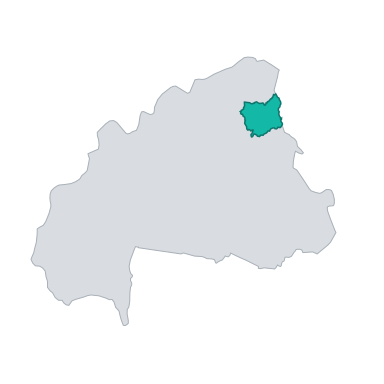 location of Seno, Séno, Burkina Faso, rotated 9°
{"feature_id": "67063806B86156352342594", "entity_name": "Seno", "entity_type": "district", "adm_level": 2, "iso_a3": "BFA", "parent_name": "Burkina Faso", "parent_adm1": "Séno", "projection": "equal_earth", "projection_center": [-0.111, 13.969], "detail": "fine", "context": "in_parent", "style": "filled", "palette": "teal", "viewbox_px": 384, "rotation_deg": 9, "n_neighbors": 0, "source": "geoboundaries", "source_scale": "gbopen_adm2", "svg_char_len": 7750}
<svg xmlns="http://www.w3.org/2000/svg" viewBox="0 0 384 384"><g transform="rotate(9 192 192)"><path d="M284.8,255.1L275.1,255.6L271.6,257.0L269.5,257.0L269.4,255.8L269.2,255.1L257.0,251.2L248.4,248.9L239.7,246.3L239.3,248.7L238.0,250.3L236.1,250.4L234.8,250.0L234.0,251.9L232.5,254.4L230.5,255.6L228.5,257.1L227.4,258.4L226.6,258.4L224.7,255.3L222.0,255.0L217.1,255.5L214.9,254.7L211.9,254.2L204.7,254.9L193.3,253.6L191.4,254.3L190.9,254.9L179.6,255.0L167.2,255.2L156.8,255.3L147.7,255.4L147.7,254.9L144.8,254.8L144.4,255.9L141.8,268.5L141.5,275.3L142.9,279.6L144.4,282.3L146.1,283.4L146.3,285.0L144.9,286.9L145.0,289.0L146.6,291.1L147.0,293.2L146.2,295.6L146.4,301.1L147.6,309.9L147.6,315.6L146.4,318.2L147.0,322.6L149.2,328.9L149.6,331.6L148.8,332.8L146.9,334.4L145.0,334.4L142.8,330.6L141.9,328.9L140.1,325.0L138.6,321.1L136.6,319.4L134.6,317.8L132.2,312.9L129.8,310.6L127.3,311.3L123.7,310.3L116.4,309.1L108.5,309.5L105.2,310.6L102.0,312.4L93.8,316.3L90.5,318.3L88.1,323.2L85.3,323.1L82.5,321.5L80.8,319.3L77.0,319.8L73.4,317.6L70.0,313.3L67.4,311.9L64.2,308.8L63.3,302.9L61.2,298.8L59.4,293.1L56.5,290.5L53.3,289.1L48.8,289.4L45.8,287.1L43.5,283.7L44.1,280.8L45.2,276.7L45.4,272.7L46.1,266.3L45.7,258.2L44.9,252.6L47.4,250.3L50.3,248.2L52.1,244.3L54.1,235.8L54.9,228.4L54.3,225.6L53.4,223.4L52.6,220.2L52.2,216.3L52.8,212.9L55.0,209.8L57.7,207.2L59.7,205.9L64.8,204.6L71.2,202.6L74.9,200.4L77.6,198.2L79.2,196.5L80.7,192.8L83.2,190.1L85.1,187.2L85.4,179.4L85.5,175.0L84.1,172.5L83.3,170.4L92.8,164.3L92.9,160.0L91.6,155.1L89.8,151.3L89.1,147.9L91.8,144.0L94.1,141.0L95.8,138.5L99.6,134.7L103.4,133.7L106.9,135.1L117.3,144.1L119.1,144.7L121.2,144.0L124.0,141.6L127.5,139.8L128.9,133.7L128.8,124.9L129.6,120.8L131.5,120.1L137.5,121.8L139.0,121.9L140.7,121.3L142.0,119.7L142.0,116.9L141.7,114.3L143.7,106.1L147.3,99.9L154.5,92.2L156.7,90.7L159.3,89.9L172.1,95.2L174.2,93.9L177.4,80.7L180.9,79.5L185.0,79.2L187.8,78.1L189.2,77.2L195.3,72.2L206.0,65.4L211.8,62.5L213.0,61.4L217.1,56.6L222.6,51.1L226.1,50.0L231.0,49.6L234.0,50.5L234.8,52.0L235.8,52.8L242.2,50.5L251.2,54.2L259.1,57.9L258.5,60.2L258.5,64.4L257.9,70.9L257.1,78.7L260.3,83.7L264.2,89.2L265.2,91.3L264.2,96.6L264.9,99.8L267.0,105.0L270.5,111.7L274.0,118.5L276.5,119.4L278.9,120.0L280.3,121.2L282.4,122.4L284.5,123.2L286.3,124.7L287.5,126.1L289.0,130.4L293.0,133.2L295.9,135.9L294.7,137.3L291.2,136.8L287.9,135.5L287.5,137.6L287.3,145.3L287.9,151.8L288.7,152.6L292.0,153.8L299.9,162.2L307.1,170.2L309.5,172.2L313.5,173.0L318.0,173.4L319.9,172.6L324.2,168.6L326.5,168.2L328.6,168.3L329.7,168.9L331.8,172.2L333.8,177.1L334.3,180.8L334.1,182.7L333.5,183.5L329.9,184.4L328.4,185.2L328.0,186.2L328.6,188.7L329.3,190.3L333.2,197.4L338.8,207.0L340.5,209.5L339.5,212.3L336.7,219.8L334.6,223.0L325.3,233.6L320.6,232.3L311.0,234.5L309.5,232.1L307.3,231.7L304.5,232.2L303.5,233.1L303.2,234.1L302.2,235.6L300.4,239.8L299.0,240.9L297.3,241.6L295.2,241.5L294.0,242.0L294.0,244.1L293.6,245.9L292.2,246.8L291.6,248.9L291.7,250.9L290.8,251.8L289.0,251.3L287.9,250.7L286.9,253.3L285.7,255.1L284.8,255.1Z" fill="#d9dde1" stroke="#a8b0b8" stroke-width="1"/><path d="M253.3,124.9L253.5,124.7L253.8,124.0L254.2,123.4L254.5,123.2L255.2,122.7L255.6,122.6L255.8,122.5L255.9,122.3L256.0,122.2L256.3,121.8L256.4,121.7L256.5,121.7L256.6,121.4L256.8,121.2L257.1,120.9L257.1,120.7L257.3,120.3L257.4,120.0L257.4,119.9L257.9,119.7L258.6,119.7L259.0,119.8L259.2,119.7L259.3,119.3L259.3,119.0L259.9,117.4L260.0,117.3L260.2,117.1L261.3,116.4L262.0,116.0L262.7,115.9L263.0,115.8L263.4,115.9L263.6,116.0L263.9,116.3L264.0,116.5L264.3,116.5L265.1,116.5L265.7,116.3L266.1,116.0L266.3,115.6L266.4,115.4L266.5,115.3L266.5,115.0L266.5,114.9L266.6,114.7L266.8,114.6L267.0,114.5L267.3,114.4L267.5,114.5L267.8,114.6L268.1,114.7L268.3,114.7L268.7,114.5L269.0,114.5L269.3,114.4L269.5,114.1L269.7,113.5L270.0,112.9L270.2,112.2L270.4,111.7L270.7,111.4L270.6,110.3L270.4,110.0L269.8,109.3L269.5,109.2L269.3,108.9L268.7,108.1L268.6,107.8L268.6,107.1L268.6,106.8L268.9,106.5L269.0,106.1L268.9,105.3L268.6,105.7L268.3,106.0L268.0,106.1L267.8,105.8L267.9,105.1L267.8,104.7L267.5,104.4L266.7,103.6L266.3,103.1L265.8,102.2L265.4,100.7L265.3,100.1L265.7,99.3L264.8,98.3L264.4,97.3L264.3,96.2L264.9,94.9L265.5,94.1L265.4,92.5L266.0,91.1L265.4,89.1L264.8,88.2L264.1,87.5L263.6,86.4L263.0,85.5L262.0,85.2L261.2,84.6L260.9,84.0L259.4,82.1L259.2,82.4L259.0,82.5L258.8,82.6L258.5,83.0L258.3,83.0L258.1,83.2L257.9,83.1L257.7,83.1L257.3,83.0L257.2,83.4L257.2,83.6L257.1,84.6L257.1,84.9L257.0,85.4L257.0,85.5L256.6,85.9L256.6,86.2L256.5,86.3L256.4,86.4L256.4,86.5L256.2,86.6L256.1,86.9L256.2,87.2L256.0,87.4L255.9,87.5L255.5,87.7L255.4,87.7L255.1,87.7L255.0,87.8L254.9,88.0L254.8,88.3L254.7,88.6L254.1,89.5L253.9,89.8L253.8,90.1L253.6,90.4L253.5,90.6L253.3,90.6L252.8,90.7L252.7,90.8L252.4,91.1L252.3,91.5L252.2,91.6L252.3,91.9L252.2,92.2L251.7,92.2L251.4,92.5L251.2,92.5L251.2,93.0L251.1,93.7L251.1,93.9L250.9,94.2L250.9,94.4L250.9,94.5L250.6,94.7L250.4,94.7L250.3,94.8L250.1,94.8L249.9,94.7L249.7,94.7L249.4,94.3L249.4,94.0L249.3,93.9L249.1,93.9L248.9,93.4L248.6,93.3L248.4,93.1L248.2,93.1L247.9,93.2L247.5,93.3L247.4,93.2L247.3,93.3L247.1,93.4L246.9,93.5L246.6,93.5L246.4,93.6L246.2,93.6L245.9,93.8L245.4,93.8L245.1,94.0L244.8,94.0L244.7,93.9L244.2,93.8L243.8,93.7L243.5,93.7L243.1,93.6L242.3,93.1L241.8,93.0L241.5,92.9L241.3,92.9L241.0,93.2L240.8,93.4L240.7,93.5L240.4,93.6L240.1,93.7L240.1,93.8L239.8,94.0L239.8,94.4L239.7,94.5L239.5,94.8L239.2,94.8L239.0,94.7L238.9,94.7L238.7,94.6L238.5,94.8L238.3,95.0L238.0,95.4L236.6,95.5L236.0,95.3L235.7,95.2L235.4,94.9L235.1,94.8L232.8,94.9L229.7,95.0L229.7,95.3L230.0,96.7L230.1,97.3L230.4,98.2L230.4,98.6L230.3,99.1L230.3,99.4L230.2,99.5L230.1,99.8L230.0,100.0L230.0,100.3L229.8,100.4L229.7,100.6L229.8,101.0L229.9,101.3L229.9,101.9L229.9,102.1L229.5,102.3L229.4,102.5L229.1,102.8L228.9,102.8L228.7,103.0L228.4,103.3L228.3,103.5L228.2,103.6L227.9,103.7L227.8,104.0L227.9,104.3L227.8,104.6L227.6,104.9L227.3,105.0L227.6,105.2L227.7,105.4L227.8,105.4L227.8,105.7L227.8,105.9L227.6,106.2L227.6,106.4L227.7,106.6L227.9,106.8L228.0,106.9L228.1,107.0L228.2,107.3L228.9,107.5L229.0,107.4L229.2,107.2L229.3,107.2L229.5,107.2L229.7,107.3L230.0,107.7L230.2,108.0L230.3,108.2L230.4,108.3L230.4,108.7L230.4,108.9L230.5,109.0L231.4,109.4L231.6,109.6L232.1,109.8L232.4,110.1L232.6,110.5L232.7,110.8L232.8,111.1L232.9,111.5L232.9,112.6L233.0,112.8L233.3,113.0L233.5,113.0L233.6,113.3L233.5,113.6L233.2,114.3L233.2,114.6L233.2,114.9L233.3,115.3L233.5,115.7L233.5,115.9L233.4,116.2L233.5,116.3L234.6,117.5L234.9,118.0L235.4,118.4L235.6,118.8L235.8,119.3L235.9,119.8L236.2,120.9L236.3,121.1L236.6,121.5L236.9,121.8L237.3,122.0L237.3,121.9L237.3,121.7L237.8,121.8L238.0,121.7L238.4,121.3L238.5,121.3L238.8,121.4L239.0,121.6L239.6,121.7L239.8,121.9L240.1,122.0L240.3,122.4L240.4,122.5L240.5,122.5L240.8,122.1L240.9,121.9L241.1,121.8L241.8,121.5L242.3,121.3L242.4,121.2L242.6,121.2L242.7,121.3L242.7,121.6L242.5,122.0L242.2,122.6L242.4,122.9L242.5,123.0L242.5,123.3L242.5,123.5L242.3,123.9L242.3,124.0L242.2,124.3L242.0,124.9L241.9,125.2L241.7,125.5L241.4,125.6L241.3,125.8L241.3,126.1L241.3,126.3L241.3,126.5L241.4,126.8L241.5,127.0L241.7,127.4L241.8,127.8L242.2,128.3L242.4,128.3L242.6,128.3L242.7,128.2L242.8,127.9L243.1,127.7L243.4,127.2L243.7,126.4L243.7,126.1L243.8,125.5L243.9,125.3L244.0,125.1L244.3,124.9L245.1,125.1L245.5,125.2L246.0,125.2L246.1,125.4L246.4,125.5L246.6,125.6L247.0,125.6L247.3,125.8L247.5,126.2L247.7,126.5L247.9,126.6L248.1,126.7L248.3,126.7L248.5,126.7L249.1,126.5L249.4,126.5L249.7,126.7L249.9,126.7L250.0,126.7L250.4,126.1L250.6,125.8L250.6,125.7L250.7,125.4L250.8,125.4L250.8,125.2L251.1,125.1L252.2,124.9L253.0,124.8L253.3,124.9Z" fill="#14b8a6" stroke="#0f766e" stroke-width="1.5"/></g></svg>